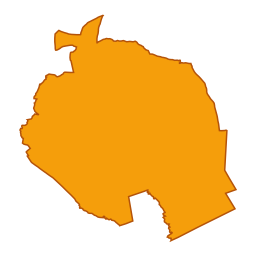 Gura Vadului, Prahova, Romania
{"feature_id": "2599482B35654118290873", "entity_name": "Gura Vadului", "entity_type": "district", "adm_level": 2, "iso_a3": "ROU", "parent_name": "Romania", "parent_adm1": "Prahova", "projection": "robinson", "projection_center": [26.431, 45.048], "detail": "fine", "context": "isolated", "style": "filled", "palette": "amber", "viewbox_px": 256, "rotation_deg": 0, "n_neighbors": 0, "source": "geoboundaries", "source_scale": "gbopen_adm2", "svg_char_len": 5633}
<svg xmlns="http://www.w3.org/2000/svg" viewBox="0 0 256 256"><path d="M224.7,170.3L226.9,130.6L226.4,130.3L226.0,130.2L224.8,130.5L221.6,130.7L219.4,130.6L218.6,124.0L217.9,120.9L217.3,117.0L216.9,115.2L214.7,107.1L214.5,105.1L214.1,103.2L213.8,102.7L213.1,101.7L210.6,98.9L209.1,96.5L207.7,94.5L207.1,93.4L206.7,91.9L206.7,90.3L206.5,88.6L206.2,87.7L205.7,86.8L205.3,84.9L204.8,83.3L200.6,78.4L198.9,76.6L196.4,74.3L195.0,72.7L194.1,71.4L192.1,67.5L192.0,66.9L192.1,66.4L192.1,66.2L191.5,65.4L191.3,64.6L191.0,64.1L190.9,63.5L189.1,63.5L185.7,62.8L184.0,63.0L183.0,63.0L181.6,62.6L181.0,63.0L180.8,63.0L180.2,62.7L179.8,63.3L179.5,63.3L179.4,63.1L179.4,62.9L180.3,62.0L180.3,61.7L180.2,61.1L180.3,60.5L180.2,60.3L179.3,60.3L178.7,60.6L178.4,60.6L177.6,60.2L174.6,60.3L172.4,59.6L171.0,59.6L169.2,59.4L168.1,59.1L166.6,58.3L165.7,58.0L163.5,57.5L162.0,57.3L160.4,56.7L157.4,56.2L154.7,55.0L152.7,54.2L152.1,54.1L150.7,54.1L149.7,53.9L149.6,53.7L149.3,52.8L148.7,51.7L148.5,51.0L148.2,50.6L147.8,50.4L147.3,50.4L146.6,50.0L145.7,49.7L145.4,49.4L145.1,49.0L144.0,48.1L143.2,46.6L142.7,46.5L141.1,45.4L140.2,45.1L138.6,44.4L137.7,43.5L137.2,42.7L136.8,42.2L135.5,41.3L134.8,41.3L133.6,41.7L133.0,41.8L129.7,41.4L126.8,41.8L124.5,41.0L123.7,40.6L122.7,40.7L121.5,41.0L119.8,41.1L118.7,40.9L117.6,40.5L116.9,40.7L116.1,41.2L113.9,41.1L113.4,40.9L112.7,40.0L112.0,39.5L110.4,38.9L109.9,38.7L108.4,38.8L106.3,38.5L105.2,39.0L103.2,39.4L100.1,41.1L98.4,41.8L97.9,42.2L97.5,42.7L97.0,42.7L96.9,38.9L97.0,38.2L97.3,36.0L98.0,33.8L98.3,31.6L98.4,30.5L98.4,29.3L98.7,27.3L99.6,24.8L100.0,24.2L100.6,21.9L101.3,19.4L102.5,16.2L103.1,15.5L102.9,15.4L101.2,16.1L99.4,16.7L97.5,17.6L97.4,17.7L96.5,18.3L88.4,22.3L87.5,22.9L86.3,24.3L85.0,25.3L83.0,27.3L82.3,28.9L82.1,29.4L82.0,30.0L80.9,32.8L80.6,34.6L79.7,34.7L76.8,34.7L71.5,34.4L68.6,34.0L67.2,33.4L64.6,32.7L60.8,31.4L58.9,30.4L57.8,31.3L55.1,34.0L54.8,38.2L54.8,41.7L55.2,46.0L55.3,48.9L55.6,50.1L56.8,50.1L57.3,49.9L58.9,49.1L60.4,48.1L60.8,47.7L62.7,46.6L65.6,46.0L69.2,45.4L70.7,45.2L72.4,45.2L73.1,45.5L73.6,46.0L74.0,46.2L75.2,46.5L76.5,47.0L76.2,47.7L76.1,48.9L75.9,49.4L74.8,50.7L73.8,51.3L73.5,51.7L72.7,52.1L71.0,52.3L70.7,52.5L70.5,52.8L70.2,54.5L70.0,57.5L70.3,59.9L70.4,60.3L71.0,60.8L73.6,72.4L70.8,72.5L65.3,72.2L64.4,72.3L63.7,72.9L62.8,74.2L61.6,74.7L60.8,75.4L59.7,76.0L57.7,76.7L57.1,76.7L56.5,76.5L55.5,75.4L54.6,74.9L53.5,74.7L50.8,74.4L50.4,74.3L49.3,74.1L48.5,74.3L47.9,74.8L46.0,75.7L45.8,76.2L45.8,77.0L46.4,77.2L45.9,77.6L45.9,78.2L46.1,78.8L46.1,79.1L45.5,79.3L44.5,80.1L43.9,80.9L43.4,81.8L40.9,84.1L40.7,84.0L40.3,84.7L39.7,84.4L39.0,87.4L37.7,90.5L37.1,91.8L35.7,93.7L35.7,95.1L34.3,96.5L34.0,97.5L34.0,98.6L35.1,98.7L36.8,99.1L36.1,100.0L35.1,102.7L34.3,103.1L34.7,103.8L34.5,105.7L33.7,108.0L33.7,108.3L35.0,111.5L36.4,112.8L38.4,114.4L38.2,114.7L34.8,114.0L34.1,114.8L33.7,115.4L32.5,116.2L32.4,116.5L32.2,116.9L32.0,118.0L31.3,118.9L30.1,119.2L27.4,119.7L27.9,120.1L27.7,120.7L27.7,121.5L27.0,122.4L27.4,123.2L27.1,123.8L26.2,124.7L25.4,125.2L24.4,125.4L22.6,125.3L22.1,125.4L21.8,125.8L21.8,126.3L21.9,127.0L22.4,127.7L22.3,128.2L22.0,128.6L21.0,128.6L20.7,128.5L20.0,130.0L20.1,130.4L20.8,131.2L20.8,131.5L20.5,132.0L20.5,132.3L20.9,134.3L20.9,135.4L21.0,135.8L21.2,136.1L21.8,136.8L21.9,137.5L22.4,137.9L23.0,138.5L23.3,138.5L22.5,143.1L23.8,144.1L25.0,144.5L27.7,145.1L28.6,146.1L30.2,148.4L30.0,148.5L29.9,148.7L27.3,150.8L26.2,152.0L28.4,155.6L27.3,156.1L31.5,162.4L35.2,165.1L37.9,166.9L40.0,168.6L49.3,175.3L53.0,177.8L62.5,186.7L66.3,190.5L71.2,195.2L74.3,198.4L74.9,199.1L75.8,200.9L76.1,201.3L78.7,203.6L79.4,204.4L79.4,204.7L79.1,205.1L79.1,205.5L79.6,205.9L79.9,206.6L80.0,207.0L79.6,207.5L79.7,208.1L80.1,208.2L81.2,208.1L82.4,208.6L82.8,208.8L83.1,209.7L84.1,210.5L84.6,210.7L84.9,210.5L85.2,210.7L85.7,210.9L87.1,211.7L87.5,211.9L87.7,212.1L87.9,212.7L88.1,212.9L88.6,213.1L89.6,213.3L92.0,213.4L94.1,215.0L94.9,215.4L95.8,215.6L97.9,217.0L99.6,217.4L103.5,217.7L103.8,217.6L103.9,217.4L103.3,217.0L103.2,216.8L103.5,216.4L104.1,216.3L104.5,216.5L104.8,216.9L104.8,218.0L105.9,219.1L106.1,219.1L106.2,218.9L106.6,218.2L107.2,218.6L108.4,219.5L109.1,219.7L109.6,219.6L110.6,219.1L111.0,219.2L111.7,220.2L114.1,220.7L115.2,221.5L116.1,222.5L116.8,223.0L118.3,224.3L119.2,224.9L119.6,225.7L125.9,223.7L132.8,221.0L128.6,196.6L145.1,191.0L145.3,190.8L147.1,190.2L147.8,190.0L147.8,190.8L147.3,191.5L147.3,192.1L147.4,192.4L147.6,192.6L148.2,192.1L148.6,192.1L148.6,192.8L148.7,193.4L148.5,194.0L149.0,194.1L149.6,193.5L150.0,193.4L150.2,194.1L152.1,196.1L153.2,196.6L153.4,197.0L153.5,197.9L153.9,198.8L154.4,198.8L154.9,198.1L155.2,198.1L155.6,198.5L156.7,199.5L158.0,200.8L159.1,202.1L159.3,202.6L159.4,203.2L159.2,204.4L159.3,204.7L160.3,205.4L161.0,206.9L162.6,208.3L163.5,209.8L163.8,210.7L164.4,211.4L164.6,211.8L165.1,212.4L165.1,212.5L164.5,212.6L163.7,213.2L163.0,213.9L163.3,214.4L163.4,214.9L163.5,215.1L164.5,215.5L165.3,216.1L164.3,216.4L163.4,217.1L163.1,217.4L163.7,217.9L164.7,219.1L164.3,221.0L164.5,221.9L166.1,223.0L166.4,223.5L166.8,223.9L167.8,224.1L168.9,224.0L169.2,224.1L168.5,225.0L168.5,225.4L168.6,225.7L169.2,226.2L169.9,227.1L169.7,227.2L169.0,227.1L168.7,227.7L168.6,228.3L168.8,228.6L169.8,230.0L169.9,230.4L169.6,231.0L169.7,232.0L170.0,232.4L170.4,232.5L171.6,232.2L172.1,232.8L171.4,233.6L170.1,234.3L169.4,235.0L168.6,235.3L167.9,235.9L167.6,236.3L167.3,237.1L168.2,237.3L168.6,237.8L168.9,238.0L170.1,238.2L171.0,238.2L171.1,238.3L171.0,239.4L171.2,240.2L171.0,240.6L177.8,237.5L197.7,227.3L235.0,208.8L225.6,193.3L236.0,189.6L229.4,178.5L224.7,170.3Z" fill="#f59e0b" stroke="#b45309" stroke-width="1.5"/></svg>